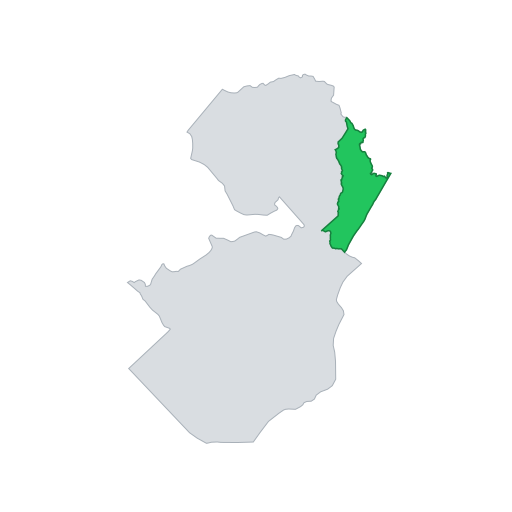 location of Eastern within Zambia, rotated 319°
{"feature_id": "ZMB-518", "entity_name": "Eastern", "entity_type": "Province", "adm_level": 1, "iso_a3": "ZMB", "parent_name": "Zambia", "parent_adm1": "", "projection": "orthographic", "projection_center": [31.874, -13.313], "detail": "fine", "context": "in_parent", "style": "filled", "palette": "green", "viewbox_px": 512, "rotation_deg": 319, "n_neighbors": 0, "source": "natural_earth", "source_scale": "10m", "svg_char_len": 8580}
<svg xmlns="http://www.w3.org/2000/svg" viewBox="0 0 512 512"><g transform="rotate(319 256 256)"><path d="M330.7,330.9L311.5,331.1L304.5,332.7L298.8,335.2L292.0,339.0L288.1,341.6L287.1,343.1L286.6,346.2L286.6,351.1L286.0,354.7L284.0,357.9L273.7,362.0L267.0,365.3L260.5,369.1L255.6,374.1L252.3,380.2L246.8,387.8L235.3,401.3L228.5,403.9L222.7,403.5L215.7,400.9L210.2,400.5L206.2,402.3L202.4,401.8L198.9,399.1L196.0,398.2L193.7,399.0L190.7,398.9L185.2,397.6L180.3,392.9L177.6,391.0L175.6,390.3L170.0,389.7L156.9,389.0L143.6,391.8L131.9,394.6L119.4,384.4L107.3,373.7L104.7,370.9L100.2,367.3L96.9,365.6L95.7,364.8L92.1,354.9L89.9,345.8L86.1,257.4L139.8,255.5L143.3,255.0L143.4,254.0L140.8,249.4L140.8,247.7L141.4,244.5L143.6,238.0L143.7,235.9L142.4,228.9L142.3,225.1L142.8,217.2L142.3,214.5L143.5,210.9L143.8,208.6L144.3,207.6L143.6,204.9L142.3,195.6L141.6,191.7L144.8,192.2L146.0,194.0L146.6,196.1L148.1,196.2L152.0,197.3L153.4,199.0L154.4,202.8L153.9,204.7L152.7,206.3L154.0,207.6L156.6,208.4L158.1,208.1L162.4,205.4L166.4,204.4L168.4,203.7L177.3,201.7L179.1,200.8L180.3,200.7L181.3,201.4L180.5,204.1L180.3,206.5L181.5,210.9L182.4,213.0L184.3,214.4L185.7,215.2L187.2,216.7L190.3,216.4L197.3,218.5L199.4,219.5L202.3,220.5L204.3,220.8L211.4,221.4L219.0,222.5L222.9,222.6L225.6,222.2L227.5,221.5L228.7,220.8L229.2,220.1L231.9,211.6L233.3,210.9L235.2,210.5L236.3,211.2L237.6,216.5L243.1,221.3L245.0,225.3L246.4,228.7L247.6,229.6L249.7,230.8L253.0,231.1L255.9,231.2L270.6,236.9L272.2,238.0L274.0,241.1L275.2,244.6L276.4,247.4L278.2,247.9L279.9,248.1L281.6,250.0L282.9,251.7L287.3,258.6L287.9,261.4L290.0,263.2L292.9,264.0L295.5,264.0L297.0,263.2L300.7,261.7L303.6,260.0L305.7,259.4L307.0,259.8L308.0,260.9L308.6,264.4L310.7,265.5L312.2,265.1L312.8,263.7L312.8,263.0L312.5,226.7L311.1,226.9L309.5,228.0L305.6,228.1L304.1,228.9L303.6,230.1L304.0,231.6L304.0,233.6L303.5,234.6L301.8,235.0L299.3,234.2L294.9,233.2L291.2,232.6L288.5,230.0L284.8,225.9L282.5,223.8L276.7,219.6L275.7,218.8L274.0,216.8L272.5,213.4L271.0,209.5L270.2,207.0L271.5,203.1L274.7,190.5L275.4,186.6L278.2,182.5L278.3,179.0L277.2,174.4L277.4,171.9L277.7,157.5L276.9,153.0L274.9,147.9L270.7,141.0L270.7,139.5L277.1,134.8L279.0,133.1L282.2,129.4L284.5,126.2L285.9,123.6L286.3,120.3L285.2,117.2L287.4,116.6L340.0,108.1L340.8,110.2L342.4,113.8L344.2,116.4L346.5,118.7L348.4,120.1L349.7,120.5L357.8,120.3L360.7,121.7L363.3,123.5L363.9,126.3L365.6,128.0L367.4,129.3L368.2,129.5L369.5,129.2L371.6,129.1L373.7,129.7L374.6,130.3L374.7,132.6L375.3,133.7L378.1,134.1L380.9,134.2L383.6,135.8L386.5,136.1L389.8,136.7L391.4,138.4L395.0,140.2L399.4,141.7L404.2,144.3L404.3,145.1L405.1,146.6L406.0,147.7L406.0,149.3L406.4,150.7L407.7,151.1L408.7,151.2L409.6,150.1L410.9,150.2L412.3,150.9L412.8,152.6L413.9,154.8L415.7,156.4L416.9,157.9L416.4,160.7L415.7,163.2L418.1,165.7L421.2,168.0L422.1,169.1L422.3,172.6L422.8,173.8L424.9,176.7L425.9,178.6L425.8,179.8L420.1,185.5L416.6,186.3L415.0,187.5L414.1,188.7L416.3,194.5L417.5,196.7L416.5,199.4L414.2,204.0L413.2,204.4L413.0,207.9L413.7,209.2L414.8,210.2L415.2,212.6L415.1,218.5L413.6,225.2L416.2,231.1L417.1,231.7L420.6,231.8L421.2,232.3L420.3,234.0L417.8,236.5L413.3,238.5L406.8,240.7L405.5,242.8L404.6,245.9L405.3,247.7L406.2,248.7L405.9,251.4L405.3,254.3L405.5,256.5L405.2,258.5L404.3,259.5L403.2,262.4L401.8,265.4L400.7,266.8L399.0,268.2L396.5,269.4L396.5,270.0L399.4,271.4L400.2,272.3L400.4,273.0L399.2,274.5L400.5,275.4L402.2,276.2L403.7,278.2L405.5,282.0L405.8,282.4L406.3,282.4L407.2,282.0L409.0,280.5L410.3,279.9L411.9,282.1L384.9,291.3L378.5,293.2L369.1,296.5L366.0,297.7L363.6,298.9L338.6,306.2L334.6,307.7L325.8,311.4L325.5,312.0L325.6,313.7L326.5,317.2L328.0,320.3L329.3,322.1L330.2,326.8L330.7,330.9Z" fill="#d9dde1" stroke="#a8b0b8" stroke-width="1"/><path d="M415.3,211.2L415.5,215.0L415.4,216.1L415.0,217.3L415.0,217.8L415.3,218.4L415.4,218.8L415.3,219.3L415.2,219.8L414.9,221.3L413.7,224.0L413.6,225.0L413.7,226.0L413.9,226.5L414.7,227.3L415.0,227.7L415.4,228.7L415.9,230.8L416.5,231.7L417.5,232.1L419.6,231.4L420.8,231.8L421.3,231.8L421.6,231.9L421.6,232.6L421.4,233.0L420.5,233.6L420.3,234.1L419.8,234.1L419.7,234.4L419.7,235.1L419.4,235.5L418.5,235.8L418.2,236.1L417.7,236.8L417.1,237.4L416.4,237.8L415.8,238.0L415.6,237.9L415.3,237.7L415.0,237.6L414.7,237.6L413.9,237.7L413.7,237.8L413.3,238.2L412.8,239.2L412.4,239.5L412.1,239.6L411.9,239.7L411.8,239.8L411.7,239.9L411.5,240.1L411.4,240.3L411.0,240.4L410.8,240.3L410.5,239.6L410.3,239.4L410.0,239.3L409.8,239.3L409.3,239.5L409.1,239.6L408.8,239.8L408.6,239.9L408.4,239.7L408.2,239.5L408.1,239.3L407.9,239.3L407.6,239.4L407.2,239.8L406.9,240.2L406.0,241.9L405.0,243.5L404.6,244.3L404.5,244.9L404.6,247.1L404.8,247.4L405.6,247.9L406.3,248.5L406.6,249.3L406.4,250.1L405.6,251.9L405.1,255.2L405.2,255.8L405.3,256.3L405.5,256.8L406.0,257.5L406.1,257.8L405.9,258.2L405.0,258.5L404.3,259.4L403.8,260.6L403.3,262.3L403.0,263.9L402.4,265.0L401.6,265.4L401.1,265.5L400.8,265.9L400.8,266.3L400.8,266.9L400.6,267.5L400.3,267.8L399.2,268.0L398.8,268.2L398.0,268.9L397.6,268.9L397.1,268.8L396.7,268.7L396.4,268.9L396.3,269.6L396.6,270.5L397.5,270.7L398.6,270.7L399.4,271.1L400.5,272.7L400.6,273.0L400.4,273.3L399.3,273.9L399.0,274.2L399.2,275.0L400.0,275.4L401.1,275.6L402.0,275.9L402.4,276.3L403.8,278.1L403.9,278.6L404.0,279.0L404.2,279.5L404.4,279.7L404.9,279.7L405.2,279.8L405.3,280.0L405.3,280.4L405.2,281.9L405.3,282.3L406.0,283.2L406.5,283.1L407.4,281.6L407.8,281.2L408.2,280.9L409.3,280.6L409.5,280.4L409.8,279.6L410.1,279.5L410.5,279.8L411.4,281.5L411.9,282.1L409.8,282.8L407.2,283.7L403.6,284.9L398.6,286.6L393.7,288.3L389.3,289.8L386.3,290.8L383.6,291.8L381.2,292.2L380.1,292.5L377.9,293.6L375.0,294.5L371.2,295.8L367.1,297.2L365.1,298.2L362.4,299.7L359.9,300.6L356.9,301.3L353.1,302.3L350.2,303.0L349.6,303.0L345.5,304.0L342.7,304.7L338.7,306.2L336.2,307.1L333.1,308.2L330.5,309.6L328.3,310.7L325.8,311.0L325.3,311.2L325.2,307.5L325.1,306.6L324.9,306.6L324.6,306.2L324.4,305.9L324.1,305.5L323.8,305.4L323.4,305.1L323.1,304.9L321.9,303.3L321.8,303.2L321.7,303.2L321.0,302.9L320.8,302.7L320.7,302.5L320.6,302.1L320.5,301.9L320.4,301.7L319.6,300.8L319.0,300.3L318.9,300.0L319.0,298.5L319.2,297.4L319.4,297.0L319.5,296.8L319.7,296.2L319.8,295.6L319.9,295.3L320.0,295.1L320.3,294.7L320.5,294.6L320.8,294.4L321.0,294.2L321.2,293.6L321.3,293.3L321.4,293.1L321.5,293.0L322.0,293.1L322.4,293.0L322.5,292.9L322.8,292.7L323.9,291.2L324.7,290.5L324.9,290.2L325.0,290.0L325.2,289.7L325.3,289.5L325.4,289.4L325.7,289.2L326.1,288.8L326.3,288.6L327.1,288.2L327.4,288.0L327.6,287.7L327.9,287.2L328.0,286.9L328.2,286.5L328.2,286.2L328.2,285.7L328.1,285.4L327.9,285.1L327.8,284.9L327.7,284.8L327.6,284.7L327.4,284.6L327.0,284.2L326.8,284.1L326.5,284.0L325.2,283.6L324.4,283.3L324.2,283.2L323.3,280.6L323.2,280.3L323.0,280.2L322.9,280.2L322.3,280.1L321.9,280.0L321.8,279.9L321.7,279.9L344.2,279.6L344.5,279.5L344.8,279.3L344.9,279.0L345.1,278.7L345.6,278.3L346.1,277.6L346.7,277.3L346.8,276.8L346.8,276.3L347.0,276.0L347.4,275.9L348.2,275.4L348.5,275.2L349.4,275.1L349.7,274.9L349.5,274.4L350.0,273.9L350.8,273.1L350.9,272.7L351.4,270.5L351.8,269.9L352.6,269.6L352.9,269.1L353.2,269.0L354.0,269.2L354.3,269.1L354.6,268.4L355.2,267.7L355.3,267.3L355.4,267.1L355.6,267.0L355.9,267.1L356.1,267.2L356.5,266.8L357.7,265.9L358.3,265.5L359.7,265.2L360.3,264.7L360.6,264.5L361.3,264.3L361.8,264.4L362.4,264.5L362.9,264.6L363.4,264.4L365.7,262.7L366.4,261.7L366.8,260.6L367.0,259.4L367.5,257.7L367.7,257.4L368.3,257.3L368.5,257.1L368.7,256.9L368.7,256.6L368.9,256.0L369.4,255.6L369.8,255.2L369.9,254.4L370.1,254.4L370.1,254.6L370.2,254.9L370.7,254.6L371.4,254.2L371.8,253.9L372.0,253.6L372.8,253.4L373.0,253.3L373.2,253.1L373.3,252.8L373.6,252.9L373.9,252.9L374.1,252.7L374.4,252.6L374.3,252.0L374.2,251.4L374.3,250.8L374.4,250.3L374.5,250.2L374.4,249.9L374.4,249.7L374.6,249.6L374.8,249.6L375.1,249.5L375.4,249.2L375.6,249.0L375.7,248.7L376.0,248.7L376.6,248.5L377.2,248.3L377.5,248.0L377.5,247.4L378.0,246.1L378.3,245.6L378.5,245.4L378.8,245.3L379.0,245.2L379.1,244.6L379.4,244.0L379.4,243.7L379.5,243.3L379.6,242.3L379.6,241.3L379.7,241.0L379.9,240.8L380.0,240.6L380.1,239.8L380.4,239.5L381.0,236.6L381.0,235.3L381.1,235.0L381.4,234.6L381.5,234.4L381.5,234.0L381.6,233.8L381.8,233.7L382.1,233.3L382.3,233.0L382.7,232.1L383.0,231.7L384.5,230.6L384.6,230.3L385.1,229.6L385.3,229.0L385.5,228.4L385.5,227.8L387.9,228.3L389.7,228.3L391.1,226.8L391.6,225.1L392.9,223.8L394.6,223.8L398.3,223.6L404.9,221.6L408.9,220.3L410.1,217.6L412.1,214.3L412.1,212.9L412.7,212.1L413.8,211.6L415.3,211.2Z" fill="#22c55e" stroke="#15803d" stroke-width="1.5"/></g></svg>